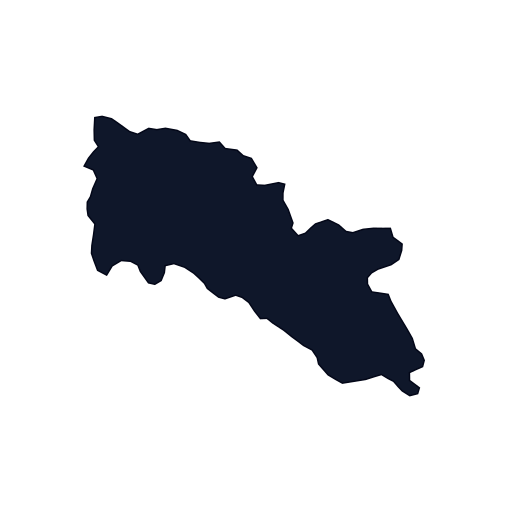 outline of Aparecida, São Paulo, Brazil, rotated 119°
{"feature_id": "56859067B61499602209927", "entity_name": "Aparecida", "entity_type": "district", "adm_level": 2, "iso_a3": "BRA", "parent_name": "Brazil", "parent_adm1": "São Paulo", "projection": "orthographic", "projection_center": [-45.236, -22.909], "detail": "fine", "context": "isolated", "style": "filled", "palette": "ink", "viewbox_px": 512, "rotation_deg": 119, "n_neighbors": 0, "source": "geoboundaries", "source_scale": "gbopen_adm2", "svg_char_len": 1737}
<svg xmlns="http://www.w3.org/2000/svg" viewBox="0 0 512 512"><g transform="rotate(119 256 256)"><path d="M260.7,449.9L259.6,440.0L265.3,432.4L276.3,431.4L284.5,429.5L290.6,429.7L296.7,426.5L302.0,422.5L306.1,412.4L316.1,408.4L326.2,404.7L333.4,401.2L338.6,395.5L345.3,387.6L345.1,377.4L334.4,377.0L325.3,371.7L321.4,363.1L321.2,354.9L325.6,349.6L331.6,337.0L329.8,330.8L323.5,327.1L315.0,328.1L308.5,330.8L302.4,324.1L300.4,312.9L301.2,302.1L302.8,295.4L304.9,287.8L308.0,282.8L309.2,275.0L310.1,268.7L308.5,262.4L300.1,254.8L298.9,248.0L300.1,239.7L304.9,230.5L308.6,221.8L305.2,216.2L306.5,208.6L307.4,196.0L309.2,185.6L310.0,179.3L311.2,171.0L311.0,161.4L315.2,153.2L320.1,148.9L325.0,135.3L325.3,126.4L325.3,118.8L310.8,100.3L304.2,94.1L298.8,88.8L299.1,81.1L298.9,74.9L301.3,68.4L303.1,62.7L303.6,53.8L298.0,47.9L292.1,49.2L290.4,61.4L283.6,65.3L278.2,61.4L272.0,56.7L265.7,58.3L261.4,63.7L259.9,71.6L252.3,79.4L246.8,88.4L237.6,104.3L230.1,116.2L225.5,121.8L228.2,129.1L231.3,137.3L226.5,144.9L221.0,148.1L214.8,146.8L208.4,143.0L198.1,133.6L189.8,129.4L180.5,131.3L174.7,134.0L173.2,145.3L166.7,151.9L170.5,158.7L174.8,166.7L180.8,175.3L188.7,182.6L190.9,189.2L188.8,198.7L189.4,210.7L199.1,219.5L204.5,221.5L212.1,223.8L217.9,229.0L214.6,238.6L209.2,239.7L199.7,250.5L194.2,259.5L187.8,263.0L179.3,265.7L180.9,271.8L190.0,282.6L193.5,289.8L188.4,297.8L178.4,298.0L172.9,307.4L174.5,315.9L172.6,323.9L177.0,335.1L174.1,343.3L180.2,351.5L184.0,360.4L187.2,369.4L183.8,376.4L184.4,385.9L188.2,397.1L193.6,404.0L196.4,411.7L206.9,418.5L208.5,426.9L206.7,441.7L206.0,448.9L208.5,458.3L213.1,464.1L224.0,458.8L233.1,453.5L236.8,446.7L243.8,448.6L251.7,449.9L260.7,449.9Z" fill="#0f172a" stroke="#020617" stroke-width="1.5"/></g></svg>